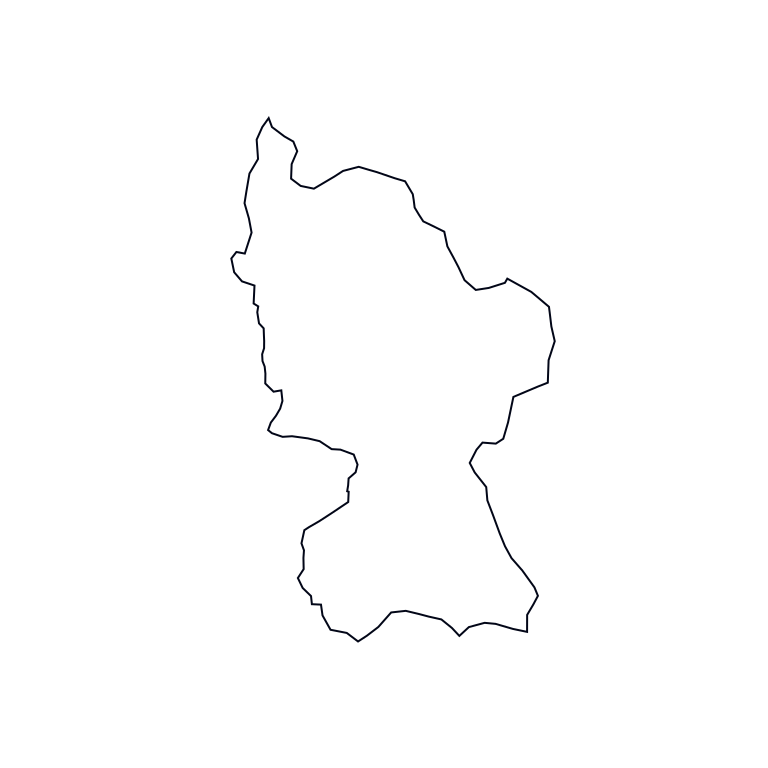 Vouni, Limassol, Cyprus (Natural Earth projection), rotated 327°
{"feature_id": "46923920B50691458712838", "entity_name": "Vouni", "entity_type": "district", "adm_level": 2, "iso_a3": "CYP", "parent_name": "Cyprus", "parent_adm1": "Limassol", "projection": "natural_earth1", "projection_center": [32.825, 34.816], "detail": "fine", "context": "isolated", "style": "outline", "palette": "ink", "viewbox_px": 768, "rotation_deg": 327, "n_neighbors": 0, "source": "geoboundaries", "source_scale": "gbopen_adm2", "svg_char_len": 1857}
<svg xmlns="http://www.w3.org/2000/svg" viewBox="0 0 768 768"><g transform="rotate(327 384 384)"><path d="M318.5,245.5L320.8,250.4L316.8,254.8L312.2,265.1L313.4,271.8L310.2,277.1L306.9,282.7L302.9,288.7L298.0,292.7L294.6,298.6L293.4,304.4L290.2,310.7L284.7,318.9L287.2,330.3L294.4,333.4L289.6,342.9L283.5,348.1L276.1,351.8L268.1,354.7L261.7,359.5L263.2,364.2L270.2,373.1L278.4,377.7L290.6,388.2L298.9,396.9L304.6,410.1L311.7,415.3L320.2,426.7L317.9,437.2L312.1,442.6L302.9,443.9L298.7,449.5L294.7,453.9L295.7,455.1L289.7,463.5L268.2,463.8L255.1,463.8L243.3,463.2L237.6,463.2L228.0,472.7L226.3,479.9L221.7,486.0L215.8,495.5L206.1,499.8L204.7,510.8L207.3,522.1L203.6,529.4L211.0,534.7L206.4,544.6L205.3,561.0L217.2,572.5L222.0,585.8L232.5,585.8L246.9,584.7L265.6,579.5L278.7,586.1L288.0,595.9L294.8,603.4L303.9,612.7L308.1,625.6L310.0,636.3L322.8,634.1L338.3,639.1L346.9,645.9L358.8,659.7L369.0,669.8L378.3,655.6L389.2,650.2L397.7,645.5L398.3,642.4L399.4,636.5L398.4,615.3L398.2,614.2L396.1,599.5L397.1,586.0L399.7,572.2L404.0,553.4L407.3,537.9L413.6,526.1L411.9,507.6L412.9,496.9L425.8,489.5L434.7,486.8L445.3,494.9L454.2,494.9L467.1,483.8L485.5,465.3L511.8,470.0L522.1,472.1L535.0,453.7L550.5,441.1L555.7,426.9L561.8,414.5L564.4,409.1L557.7,387.0L544.8,362.8L540.5,365.0L524.2,360.5L512.2,355.1L508.1,340.8L510.1,326.5L511.1,316.0L512.1,303.1L517.5,289.1L512.1,279.9L505.5,269.0L505.5,261.2L505.8,252.7L509.1,245.9L511.5,240.5L512.1,225.5L505.1,217.3L493.4,202.4L488.1,196.3L481.1,188.1L465.7,183.0L455.4,183.0L431.6,182.0L422.0,172.5L417.9,161.2L426.3,149.3L438.0,141.5L440.0,131.3L435.3,122.1L430.0,107.5L432.1,98.2L421.9,102.2L410.3,109.7L400.9,126.7L385.8,134.2L373.7,147.3L365.5,156.4L360.9,171.5L355.4,184.9L338.3,198.8L332.1,192.9L324.3,195.6L319.2,208.7L320.8,220.6L329.0,230.9L318.5,245.5Z" fill="none" stroke="#020617" stroke-width="2"/></g></svg>